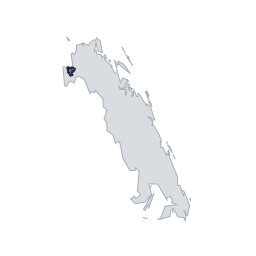 location of Rostov within Russia, rotated 61°
{"feature_id": "RUS-2367", "entity_name": "Rostov", "entity_type": "Region", "adm_level": 1, "iso_a3": "RUS", "parent_name": "Russia", "parent_adm1": "", "projection": "robinson", "projection_center": [41.086, 48.087], "detail": "fine", "context": "in_parent", "style": "filled", "palette": "slate", "viewbox_px": 256, "rotation_deg": 61, "n_neighbors": 0, "source": "natural_earth", "source_scale": "10m", "svg_char_len": 5815}
<svg xmlns="http://www.w3.org/2000/svg" viewBox="0 0 256 256"><g transform="rotate(61 128 128)"><path d="M197.8,158.4L191.1,160.0L191.9,158.7L190.3,155.8L193.4,155.3L192.9,149.3L187.7,150.3L171.2,139.2L166.7,140.7L168.4,142.2L166.3,146.9L152.4,147.2L135.8,141.9L135.1,146.4L126.9,144.3L120.3,147.7L113.3,144.0L108.3,144.5L102.1,137.5L97.5,139.4L90.3,135.8L79.4,138.3L80.9,140.3L78.1,142.3L79.7,144.6L64.4,142.7L59.5,145.2L58.4,149.0L62.5,153.0L58.7,156.4L61.8,161.7L60.2,162.9L43.0,155.3L48.4,146.7L36.0,142.0L35.4,140.2L37.6,139.5L35.2,135.4L30.7,133.1L31.8,127.7L34.7,127.4L31.5,126.4L37.0,122.2L35.0,120.7L34.3,115.3L35.7,114.0L33.9,111.9L38.5,110.1L49.7,113.9L46.7,116.7L41.3,115.8L39.4,114.9L38.0,114.8L45.0,120.6L44.4,118.2L48.1,119.2L51.4,115.9L53.9,116.8L52.8,112.3L56.0,112.6L57.1,113.7L54.8,114.4L56.9,115.4L66.0,111.7L65.4,112.9L73.7,112.8L74.7,110.3L84.8,112.8L81.4,108.3L86.5,105.4L88.2,105.7L87.7,107.7L91.3,112.6L89.4,115.6L86.1,115.4L90.3,116.4L93.0,111.9L94.7,111.7L96.2,113.8L98.5,114.1L96.2,111.9L91.2,111.4L91.2,109.1L89.2,107.7L90.6,105.5L92.5,108.0L95.9,108.5L96.8,108.5L92.6,107.0L95.3,106.2L101.3,107.3L100.9,109.1L102.4,109.9L101.9,107.3L97.1,104.3L104.7,105.1L105.3,103.9L102.5,102.6L103.6,101.8L117.6,100.9L116.0,99.9L120.5,98.1L134.0,100.7L127.2,105.6L132.0,103.6L135.4,103.8L136.8,105.5L137.2,105.8L137.7,105.8L137.1,104.3L149.3,104.0L155.7,105.1L157.3,106.7L155.0,106.2L161.3,108.8L161.7,106.9L171.3,107.6L168.9,106.3L170.1,105.4L195.3,108.5L202.2,112.5L203.2,110.5L214.0,112.0L211.5,109.8L225.7,111.7L233.5,118.4L232.4,119.2L229.3,118.3L227.0,119.0L232.4,119.6L237.5,123.2L233.8,122.4L229.7,127.4L220.4,127.3L220.9,130.8L225.7,134.2L223.4,144.1L214.4,133.4L218.5,122.9L214.4,126.2L212.6,124.0L208.5,124.4L207.5,127.6L209.7,128.8L191.5,129.2L186.9,136.8L197.6,139.7L201.1,148.9L197.8,158.4ZM81.7,99.6L68.5,104.8L65.0,104.0L70.5,100.8L81.7,99.6ZM198.4,137.6L207.9,148.5L204.8,147.5L208.4,152.9L206.5,153.8L199.2,141.6L198.4,137.6ZM62.6,107.2L68.3,104.9L67.2,106.9L70.4,108.9L62.6,107.2ZM161.7,101.6L165.5,100.4L171.1,101.3L161.7,101.6ZM108.1,94.7L114.6,96.3L106.6,95.5L108.1,94.7ZM105.5,93.6L110.6,94.0L104.1,94.4L105.5,93.6ZM116.0,95.7L121.0,96.8L114.9,97.6L116.0,95.7ZM172.6,101.8L174.9,101.5L178.2,101.8L172.6,101.8ZM18.5,137.5L23.0,136.4L23.1,137.7L18.5,137.5ZM58.5,94.2L61.3,94.0L55.9,94.4L58.5,94.2ZM168.9,103.9L172.7,104.8L167.9,104.6L168.9,103.9ZM61.5,111.4L59.8,112.1L59.0,111.6L59.8,110.8L61.5,111.4ZM63.8,93.8L66.3,93.6L67.6,93.9L63.8,93.8ZM72.4,93.8L71.4,94.3L69.4,94.1L69.8,93.8L72.4,93.8ZM75.0,93.9L72.8,93.8L75.9,93.7L75.0,93.9ZM72.2,109.3L73.3,110.5L71.6,109.6L72.2,109.3ZM107.0,94.9L105.4,95.2L104.0,94.8L107.0,94.9ZM65.1,93.2L68.4,93.1L67.3,93.5L65.1,93.2ZM221.5,108.4L219.6,108.3L220.3,107.6L221.5,108.4ZM56.0,93.9L58.0,94.0L54.0,94.1L56.0,93.9ZM86.6,105.0L84.6,105.1L86.6,104.9L86.6,105.0ZM133.6,102.8L134.9,103.5L133.1,103.1L133.6,102.8ZM210.7,110.3L209.7,110.6L208.7,110.3L210.7,110.3ZM68.5,94.4L67.0,94.2L69.4,94.4L68.5,94.4ZM67.9,93.5L68.9,93.8L67.1,93.6L67.9,93.5ZM216.2,154.8L216.2,155.6L215.5,156.7L216.2,154.8ZM66.0,94.4L67.1,94.7L65.7,94.7L66.0,94.4ZM95.1,106.1L93.7,106.4L93.4,106.3L95.1,106.1ZM223.4,129.4L222.0,129.1L222.8,128.8L223.4,129.4ZM168.1,103.2L168.0,103.8L167.2,103.4L168.1,103.2ZM189.9,136.1L190.7,137.1L189.9,136.9L189.9,136.1ZM222.6,144.5L222.5,145.8L222.0,145.4L222.6,144.5ZM63.7,94.5L62.4,94.6L61.9,94.5L63.7,94.5ZM95.7,105.1L95.5,105.6L95.2,105.5L95.7,105.1ZM160.3,101.2L159.8,101.5L159.3,100.8L160.3,101.2ZM213.8,157.7L215.0,156.6L213.9,158.0L213.8,157.7Z" fill="#d9dde1" stroke="#a8b0b8" stroke-width="1"/><path d="M48.1,147.8L48.1,147.7L48.3,147.5L48.4,147.4L48.5,147.4L48.5,147.2L48.3,147.0L48.3,146.9L48.5,146.7L48.4,146.7L48.5,146.6L48.9,146.7L49.0,146.7L49.3,146.6L49.5,146.5L49.8,146.3L49.8,146.2L50.0,145.9L50.3,145.8L50.3,145.7L50.2,145.6L50.3,145.5L50.5,145.8L50.7,146.0L51.1,146.1L51.3,146.3L51.5,146.4L51.6,146.5L51.5,146.8L51.4,146.9L51.4,147.0L51.4,147.3L51.4,147.5L51.6,147.6L51.8,147.5L52.0,147.8L52.3,147.9L52.3,148.0L52.3,148.4L52.4,148.5L52.2,148.7L52.0,148.8L51.9,148.8L51.7,148.8L51.4,149.0L51.5,149.1L51.4,149.2L51.4,149.3L51.5,149.5L51.4,149.5L51.6,149.7L51.8,149.7L52.1,149.7L52.1,149.8L52.4,150.0L52.5,150.3L52.7,150.6L52.8,150.7L53.0,150.6L53.1,150.8L53.6,150.8L53.8,150.8L54.0,150.8L54.1,151.0L54.3,151.2L54.3,150.9L54.5,150.9L54.6,150.6L54.8,150.6L54.9,150.8L54.9,151.5L54.8,151.9L54.7,152.0L54.3,152.2L54.3,152.3L54.2,152.4L54.1,152.5L54.3,152.6L54.3,152.8L54.4,153.0L54.2,153.0L54.2,152.9L53.9,153.1L53.7,153.3L53.4,153.3L53.4,153.2L53.0,152.9L52.8,152.8L52.7,152.8L52.3,152.8L52.2,152.8L52.0,152.7L51.9,152.6L51.6,152.5L51.4,152.5L51.5,152.8L51.6,153.0L51.3,153.0L51.2,153.1L51.2,153.3L51.0,153.2L50.9,153.2L50.8,153.3L50.9,153.5L50.6,153.6L50.4,153.6L50.0,153.7L49.9,153.5L49.8,153.4L49.7,153.3L49.7,153.2L49.8,153.2L49.7,153.1L49.4,153.2L48.7,153.1L48.6,152.9L48.6,152.7L48.3,152.6L48.3,152.4L48.4,152.2L48.0,152.1L47.9,152.1L47.6,152.1L47.4,152.1L47.2,152.1L47.1,152.3L46.9,152.3L47.0,152.4L46.9,152.4L46.8,152.5L46.6,152.4L46.5,152.5L46.4,152.4L46.5,152.2L46.4,152.0L46.2,152.0L46.2,151.9L46.4,151.9L46.5,151.8L46.7,151.7L46.8,151.6L47.1,151.7L47.3,151.5L47.2,151.4L47.1,151.5L47.1,151.4L47.1,151.2L46.9,151.1L46.7,151.2L46.6,151.3L46.3,151.4L46.1,151.4L46.0,151.5L45.9,151.5L45.9,151.4L46.0,151.3L46.1,151.2L46.3,151.2L46.1,151.2L46.0,151.3L45.9,151.3L45.6,151.5L45.5,151.4L45.6,151.2L45.4,151.1L45.5,151.1L45.6,150.9L45.6,150.7L46.0,150.5L46.2,150.4L46.3,150.4L46.4,150.2L46.5,150.0L46.8,150.0L47.2,150.1L47.3,150.1L47.5,150.1L47.8,150.1L47.9,149.9L47.9,149.7L48.0,149.7L48.1,149.4L48.2,149.2L48.0,148.9L48.0,148.7L47.8,148.6L47.7,148.6L47.8,148.3L47.9,148.2L48.0,148.2L48.3,148.2L48.2,148.1L47.9,148.0L47.8,147.9L48.0,147.8L48.1,147.8Z" fill="#64748b" stroke="#1e293b" stroke-width="1.5"/></g></svg>